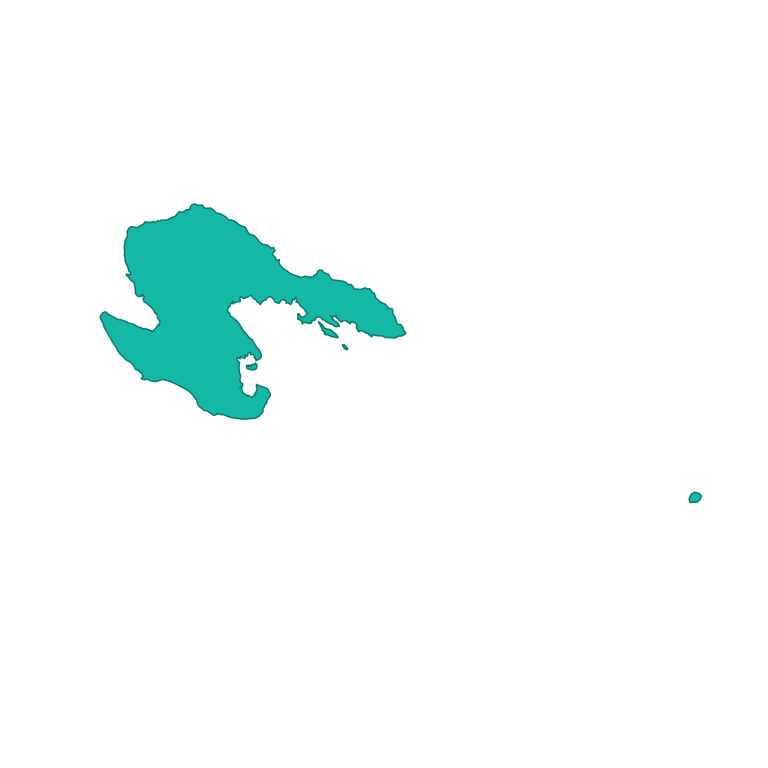 Kota Sabang, Aceh, Indonesia (Robinson projection), rotated 147°
{"feature_id": "22746128B78398648082643", "entity_name": "Kota Sabang", "entity_type": "district", "adm_level": 2, "iso_a3": "IDN", "parent_name": "Indonesia", "parent_adm1": "Aceh", "projection": "robinson", "projection_center": [95.289, 5.924], "detail": "fine", "context": "isolated", "style": "filled", "palette": "teal", "viewbox_px": 768, "rotation_deg": 147, "n_neighbors": 0, "source": "geoboundaries", "source_scale": "gbopen_adm2", "svg_char_len": 6175}
<svg xmlns="http://www.w3.org/2000/svg" viewBox="0 0 768 768"><g transform="rotate(147 384 384)"><path d="M470.5,493.0L472.1,496.4L472.0,499.2L473.0,506.5L472.6,512.8L473.2,517.9L475.6,524.3L475.6,526.1L474.9,527.4L475.5,529.0L474.9,531.6L473.7,532.5L470.7,533.2L469.4,534.5L467.5,535.1L466.5,534.9L466.5,534.0L467.0,533.7L466.7,533.3L466.2,533.7L466.2,535.5L465.9,535.6L466.0,534.5L464.8,533.3L461.9,532.8L460.2,531.6L459.0,531.9L458.6,533.8L457.2,535.3L456.1,534.8L455.4,532.5L454.7,531.9L447.3,530.8L446.9,530.1L447.0,527.3L445.5,523.7L445.7,521.7L444.8,520.0L444.5,518.1L443.8,518.1L442.6,519.2L438.9,519.4L437.2,518.8L434.8,520.1L432.0,519.4L430.9,517.5L430.4,514.1L430.6,511.7L429.6,510.8L428.7,509.0L427.4,508.9L424.7,510.4L423.4,510.1L421.4,508.2L421.3,505.3L422.2,504.9L422.0,504.4L422.1,504.9L421.2,505.2L420.5,504.7L419.1,501.6L417.9,501.8L415.1,504.4L413.8,504.4L413.4,503.5L410.4,505.1L411.7,503.7L411.5,501.5L413.0,500.7L411.4,498.6L411.6,494.5L410.6,492.2L409.9,488.9L410.4,487.5L409.5,485.2L412.3,484.0L417.0,484.4L417.0,488.8L417.6,489.5L418.4,489.4L420.9,485.1L419.8,484.1L418.7,481.4L419.4,479.8L419.4,478.7L418.2,479.2L416.9,478.8L412.5,474.7L411.3,475.0L409.9,476.4L407.5,475.2L405.0,476.6L402.8,476.4L400.8,474.0L400.4,471.0L399.0,470.0L398.4,467.7L396.3,463.5L395.1,462.2L393.8,459.0L392.3,457.7L390.9,457.8L390.1,456.8L389.6,457.3L389.6,460.5L391.3,464.4L391.6,470.1L390.8,469.7L390.3,468.4L388.7,467.8L388.4,467.2L387.1,467.6L387.7,465.4L386.8,462.9L387.0,461.1L386.4,459.7L385.7,459.1L384.2,459.6L381.4,458.1L381.1,456.4L379.5,452.9L378.5,453.4L378.2,454.2L377.6,454.1L374.9,450.8L374.3,448.4L376.5,446.3L376.8,442.2L376.0,441.2L374.8,441.7L374.1,441.4L371.6,437.7L371.4,436.2L369.8,435.5L369.8,433.4L369.0,432.3L368.8,430.4L368.3,430.3L367.1,431.3L366.3,431.1L362.8,427.7L359.3,425.3L357.8,422.5L349.4,416.5L346.0,416.4L343.4,414.8L339.9,414.3L338.6,414.4L337.8,415.2L338.4,418.6L337.4,421.2L337.5,424.5L339.7,426.3L340.1,428.8L338.4,433.3L338.4,438.4L336.7,440.5L336.2,442.4L336.5,443.1L338.8,444.7L339.4,450.1L342.1,454.2L343.7,459.3L343.9,461.0L342.7,465.5L344.2,467.5L343.8,468.8L344.3,471.9L346.0,472.5L347.4,474.8L352.4,476.1L355.5,478.8L357.5,479.7L356.9,482.4L357.6,485.7L360.0,486.7L360.4,489.5L362.3,492.4L370.3,499.3L371.3,502.6L370.8,506.4L373.8,510.1L373.9,513.1L376.3,514.6L377.7,514.7L381.0,512.8L383.0,513.2L385.2,512.4L386.8,512.8L390.8,516.9L395.4,518.5L401.0,525.5L403.2,529.4L403.6,531.4L404.7,532.8L406.4,539.2L406.1,542.9L404.2,545.3L406.7,546.0L406.9,546.4L406.1,549.3L407.0,552.0L406.9,553.2L406.3,554.2L402.7,555.2L403.2,557.2L402.3,557.9L402.3,558.4L404.7,559.5L406.1,564.0L409.7,567.0L411.3,571.5L411.2,574.3L412.1,579.1L415.6,583.6L414.9,590.9L418.9,596.5L419.4,598.9L420.9,602.3L423.1,605.1L424.9,605.9L426.0,610.8L428.1,615.1L431.4,618.9L432.0,622.1L433.6,626.1L437.4,628.0L438.9,629.9L438.8,632.7L443.3,635.9L444.3,637.7L445.1,638.3L447.5,638.9L449.7,638.4L450.2,638.1L450.6,636.8L451.8,636.5L453.4,636.7L454.6,637.7L458.7,637.6L460.6,638.5L461.8,640.1L462.7,639.5L464.5,639.5L467.7,638.2L472.1,639.4L473.6,639.2L477.4,640.2L482.0,642.8L483.8,642.8L484.9,644.2L487.2,644.1L488.7,645.1L488.7,645.8L490.7,646.2L493.3,647.6L495.8,650.0L499.2,649.2L505.8,649.6L510.0,653.4L511.7,653.7L513.5,653.4L516.2,651.9L518.3,648.2L523.5,644.8L524.2,643.6L526.9,640.7L529.5,636.1L531.9,633.0L532.2,631.2L534.1,628.0L535.2,621.6L536.3,618.1L536.4,616.5L535.9,615.6L536.5,614.2L538.1,613.7L538.5,615.1L539.1,615.0L540.2,616.5L540.8,615.2L540.0,613.2L540.1,609.9L538.6,605.3L539.7,601.3L543.2,595.1L542.5,591.4L540.3,589.8L539.0,590.8L538.8,589.5L538.1,589.2L537.6,590.0L537.3,589.5L537.6,587.4L539.6,586.8L540.4,583.7L539.0,580.7L537.3,574.7L536.9,571.3L537.5,568.5L536.5,566.2L536.9,564.5L537.9,562.8L537.9,558.2L539.9,556.1L540.4,555.9L540.8,556.9L544.9,555.1L549.1,554.3L549.3,553.8L550.3,554.2L550.2,555.3L553.5,559.8L556.7,562.1L557.2,564.1L557.9,564.2L559.2,565.9L561.7,570.8L565.1,574.2L566.8,577.4L569.7,581.3L572.1,583.1L577.1,592.3L578.4,596.4L580.9,596.8L584.6,595.6L585.6,594.7L586.1,593.1L586.7,586.8L587.7,584.8L588.8,565.7L588.5,558.9L589.0,558.4L589.1,553.6L587.8,548.9L587.4,545.6L586.8,543.7L585.4,541.8L584.6,539.3L583.9,535.3L584.4,531.7L582.8,529.5L581.4,524.3L582.1,521.1L583.9,521.1L584.5,520.4L582.9,518.2L580.3,517.4L578.5,514.5L575.5,511.2L572.1,509.7L567.6,508.7L562.4,503.2L558.2,496.9L552.9,487.4L551.2,483.0L550.3,479.0L550.3,475.2L549.8,472.6L551.2,469.3L551.3,465.9L549.1,459.8L548.5,459.0L547.6,458.8L546.8,457.5L544.0,450.7L542.4,449.8L541.2,450.2L540.6,449.6L540.1,450.0L538.5,448.8L536.8,446.4L535.7,446.3L530.8,439.4L520.8,430.8L510.6,425.5L507.0,425.0L501.2,426.3L500.3,427.0L498.7,429.5L496.4,430.3L494.9,431.7L493.2,431.6L491.1,433.9L488.6,435.2L486.3,435.6L484.8,437.4L484.3,441.8L484.5,443.9L491.2,452.9L492.3,451.8L492.5,449.5L496.1,446.5L496.5,446.9L498.6,445.6L498.5,445.1L502.5,444.9L503.2,446.9L504.1,448.4L504.8,448.1L506.8,452.6L507.0,454.0L506.0,458.0L506.6,459.4L505.6,459.2L505.2,458.5L502.5,460.6L502.4,461.3L503.5,463.2L502.6,466.1L499.9,468.7L499.0,472.1L496.9,476.6L493.5,480.6L494.3,484.2L492.6,486.0L491.1,483.5L490.4,483.7L489.8,485.2L489.3,485.2L487.0,481.4L485.9,481.9L485.4,484.1L483.3,481.7L480.8,484.1L480.2,484.0L479.4,483.3L479.8,481.1L478.7,480.5L477.6,480.4L477.2,477.9L478.4,477.0L478.0,475.5L478.5,473.3L474.0,472.8L471.7,474.3L470.5,476.9L470.2,480.9L470.9,484.8L470.5,493.0ZM186.2,124.2L190.8,121.3L191.7,118.9L191.6,117.7L185.3,114.3L181.8,115.1L178.9,116.9L178.9,119.3L180.0,121.3L182.3,123.9L186.2,124.2ZM404.9,456.7L401.9,452.0L400.3,450.8L398.1,448.2L397.0,448.2L397.2,452.0L399.1,457.9L400.1,459.6L401.6,460.5L402.6,462.4L403.5,462.8L403.2,465.5L404.8,471.5L405.3,470.9L405.7,464.6L406.5,462.5L405.4,459.4L406.5,458.8L406.3,457.6L406.0,456.8L404.9,456.7ZM484.4,466.5L483.0,466.5L480.9,467.9L480.4,468.9L480.5,471.4L481.6,471.1L484.9,472.3L485.8,471.3L486.2,472.3L487.3,472.1L487.9,472.6L487.2,472.7L487.2,473.5L488.4,473.7L489.1,474.5L490.4,472.5L490.3,471.3L486.9,467.5L484.4,466.5ZM397.2,439.4L397.7,439.1L398.0,438.0L397.4,433.9L395.9,432.9L395.2,433.6L395.4,435.6L396.2,438.8L397.2,439.4Z" fill="#14b8a6" stroke="#0f766e" stroke-width="1.5"/></g></svg>